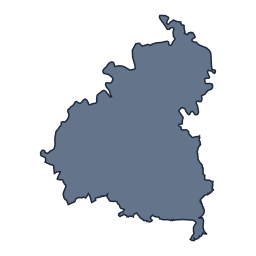 Tepehuacán de Guerrero, Hidalgo, Mexico
{"feature_id": "50627088B76659971388370", "entity_name": "Tepehuacán de Guerrero", "entity_type": "district", "adm_level": 2, "iso_a3": "MEX", "parent_name": "Mexico", "parent_adm1": "Hidalgo", "projection": "natural_earth1", "projection_center": [-98.818, 21.069], "detail": "fine", "context": "isolated", "style": "filled", "palette": "slate", "viewbox_px": 256, "rotation_deg": 0, "n_neighbors": 0, "source": "geoboundaries", "source_scale": "gbopen_adm2", "svg_char_len": 5851}
<svg xmlns="http://www.w3.org/2000/svg" viewBox="0 0 256 256"><path d="M42.4,150.2L42.3,150.6L41.4,151.2L40.6,152.8L40.6,154.1L41.0,155.6L44.5,157.2L45.3,158.0L45.6,158.5L45.7,160.4L45.1,162.1L50.0,164.4L53.0,165.2L53.6,165.7L54.4,173.5L56.8,171.9L60.3,171.7L59.9,173.2L58.7,175.3L57.2,178.9L57.4,179.3L59.9,179.8L62.1,179.7L62.9,180.2L63.3,182.1L64.0,182.9L64.5,184.1L65.8,185.1L65.8,186.5L65.6,187.3L63.4,192.8L63.2,194.6L64.0,197.8L65.2,199.6L66.6,200.3L68.2,204.6L74.8,201.7L75.6,199.4L76.8,198.2L77.9,197.7L81.1,197.6L81.8,197.9L83.1,197.2L84.4,197.3L85.5,198.0L86.8,196.5L88.3,193.7L90.0,196.4L91.7,202.5L95.7,200.3L95.5,198.5L96.1,197.8L100.3,197.1L101.1,196.8L101.3,196.1L101.8,195.9L102.7,196.3L103.8,196.1L103.9,195.7L104.8,196.0L106.0,195.6L107.3,194.4L107.0,195.6L107.2,197.0L109.5,200.6L110.2,201.2L114.0,201.5L114.9,201.2L116.9,201.7L117.7,203.7L119.4,205.0L119.8,206.7L120.6,208.1L124.2,209.4L122.9,211.7L120.1,212.8L118.7,213.9L118.6,215.2L119.7,216.4L120.2,216.5L121.0,215.8L122.7,215.2L123.7,214.1L125.2,215.1L126.4,215.5L126.8,215.9L127.0,216.8L128.1,216.7L128.4,216.9L129.5,216.2L130.1,216.1L132.5,216.4L133.4,216.9L133.5,215.3L134.1,214.2L136.8,212.9L137.4,214.2L139.3,216.3L139.7,217.2L141.2,218.6L142.9,219.6L143.3,220.3L144.5,220.6L146.7,220.6L146.9,221.4L149.7,221.9L151.3,221.4L152.2,220.2L150.4,218.5L150.7,217.0L152.5,215.2L154.0,216.2L155.9,216.9L158.6,217.0L159.1,217.3L159.6,218.8L164.0,219.8L166.5,219.6L168.9,219.9L169.4,219.8L170.8,220.5L171.2,219.8L172.2,220.6L173.3,219.6L173.6,220.2L174.1,220.2L175.7,219.9L182.8,219.5L192.7,220.1L193.8,220.5L195.8,222.1L196.1,223.0L195.6,224.0L194.9,224.6L193.5,227.4L193.5,230.9L193.9,233.3L193.6,234.3L192.0,236.3L190.8,238.8L190.2,239.3L192.1,240.6L192.5,240.4L194.1,240.6L194.6,240.2L194.2,239.1L194.2,238.3L195.5,239.2L197.4,238.8L198.9,237.8L199.3,236.1L200.1,236.6L201.6,235.7L202.9,232.9L203.9,233.8L205.5,233.8L206.1,234.2L206.5,233.9L204.1,231.2L203.2,228.1L203.0,226.2L203.5,221.7L203.3,219.8L202.3,217.8L199.5,218.3L199.0,217.7L201.3,216.7L203.0,214.5L204.1,212.5L204.3,210.4L203.7,208.7L203.3,208.6L202.9,207.3L203.3,207.0L202.4,206.1L202.1,204.9L202.2,204.3L201.3,202.7L200.5,202.8L200.4,202.4L201.0,202.4L201.1,201.1L200.0,200.3L201.2,198.8L204.4,195.6L205.6,194.8L207.4,194.8L208.4,194.1L208.1,193.3L209.3,193.2L209.4,193.5L210.2,193.1L211.0,192.0L211.8,191.8L212.0,190.9L213.4,190.0L213.4,189.5L212.2,188.7L212.3,187.8L212.1,187.6L212.7,186.2L212.5,185.1L212.8,184.5L212.5,183.7L212.7,183.4L212.9,181.4L212.0,181.6L209.3,180.2L207.7,180.1L207.2,180.4L204.6,179.4L204.8,175.3L203.5,174.3L203.2,173.5L203.1,172.2L203.1,167.9L202.3,167.9L202.2,165.5L201.9,164.7L200.8,163.3L200.0,162.7L197.8,158.9L198.0,157.4L197.6,155.7L197.8,154.3L197.1,152.0L198.4,147.3L199.5,145.8L199.8,145.0L200.4,145.0L200.5,144.1L200.1,142.9L200.0,141.4L199.4,140.8L199.0,139.3L199.1,138.9L199.7,138.2L199.5,135.9L198.6,136.6L197.3,136.5L192.7,137.5L191.9,137.3L190.2,135.2L189.5,134.7L188.7,133.4L188.7,132.1L188.0,131.0L186.7,129.9L181.8,129.9L180.9,128.4L181.2,127.9L181.0,127.1L179.0,126.0L178.6,125.2L178.6,124.7L179.3,124.0L180.9,124.3L182.3,123.7L182.4,119.9L183.2,117.6L178.8,111.1L178.7,110.8L181.2,108.0L182.1,107.6L184.8,108.6L186.0,111.4L188.0,114.2L188.5,114.6L189.5,114.5L191.0,111.8L192.4,111.4L193.3,112.0L194.8,114.5L196.0,114.8L197.5,114.4L198.2,113.4L198.5,112.2L198.3,109.9L197.3,105.4L196.2,103.3L196.1,102.9L196.5,101.9L197.5,101.0L198.2,101.0L199.2,101.7L201.0,101.6L201.8,100.1L201.9,97.9L201.5,96.2L201.8,95.4L204.5,94.6L208.0,90.4L211.1,89.3L212.4,87.9L212.7,85.9L212.1,84.1L210.1,83.5L205.8,83.6L205.2,82.8L204.8,81.1L204.7,79.4L205.0,78.9L206.3,78.2L208.9,78.1L209.3,77.9L209.5,77.2L207.4,72.2L208.2,70.3L211.6,71.1L214.0,73.3L214.8,73.1L215.4,72.0L215.3,70.5L214.9,70.1L212.3,69.5L211.8,68.2L211.5,66.2L210.9,54.8L210.5,52.4L209.0,50.1L206.4,47.9L199.3,45.0L197.7,43.8L196.3,42.2L194.1,42.1L191.9,40.8L192.0,39.5L192.3,39.1L195.1,37.4L194.5,35.2L193.1,33.4L192.8,32.6L191.8,33.0L191.5,32.5L191.2,32.7L190.4,32.4L189.0,33.0L188.8,32.8L188.4,32.9L188.0,33.9L186.9,34.7L186.5,34.6L185.6,33.6L184.4,33.5L184.3,33.2L184.9,32.5L185.0,31.9L184.1,28.6L184.1,25.6L183.6,25.1L182.1,25.2L181.3,23.8L180.4,23.0L180.8,22.0L176.9,21.6L173.7,20.1L173.2,20.1L170.1,22.4L168.6,24.3L167.7,24.4L166.7,23.0L166.8,21.7L168.7,18.1L168.2,17.1L165.2,15.6L159.9,15.4L159.4,16.7L160.0,18.7L164.9,25.4L167.2,29.2L168.3,29.4L169.3,29.2L170.8,27.8L171.8,27.6L173.3,27.8L173.7,28.3L173.8,30.0L173.2,31.2L173.1,32.2L173.3,35.3L173.5,36.5L174.9,38.4L174.9,39.3L172.3,42.9L171.7,44.6L170.8,45.4L169.5,45.3L168.8,44.4L168.7,42.5L168.4,41.8L166.9,41.2L161.5,42.4L155.6,43.0L153.3,44.0L152.2,44.1L150.4,45.3L147.9,44.4L142.1,46.1L139.6,43.5L138.7,43.2L135.7,43.9L132.4,50.3L132.6,57.0L134.9,65.2L135.3,68.4L134.9,68.9L132.8,69.6L130.1,70.0L129.3,69.8L125.3,67.3L122.4,66.1L118.9,65.8L114.8,66.5L113.7,62.9L113.0,62.1L111.1,62.0L109.0,63.2L107.6,64.9L107.0,66.1L103.5,69.5L102.9,71.1L103.3,72.6L103.8,73.3L108.7,74.6L111.3,76.5L112.3,77.7L113.0,79.1L111.7,82.3L110.4,83.2L108.3,82.8L106.3,82.9L105.8,83.1L105.5,84.3L106.2,86.8L108.5,89.4L109.5,91.1L110.6,95.1L111.0,95.9L111.6,96.3L111.5,96.7L110.9,97.0L110.0,96.8L105.9,91.6L104.3,90.5L103.4,90.5L102.6,90.7L97.2,95.1L96.6,99.1L96.9,101.5L96.4,102.6L95.4,103.2L92.3,103.8L90.4,104.6L89.1,104.7L88.7,104.5L88.0,102.3L86.7,100.0L85.9,99.4L84.7,99.1L83.7,99.8L81.3,102.6L80.3,103.2L79.7,103.3L78.8,103.0L76.4,101.5L75.8,101.6L75.2,102.1L73.5,104.9L70.9,106.9L68.8,109.2L68.1,109.4L67.7,111.5L68.8,113.7L68.9,115.4L68.5,117.3L67.3,119.6L65.1,121.9L64.6,122.1L63.8,121.7L62.7,121.8L61.2,122.3L61.3,124.1L60.8,125.8L59.8,126.5L57.6,129.9L56.7,130.5L56.0,131.6L54.9,138.3L55.0,144.3L54.9,146.1L53.8,149.1L51.4,150.6L50.5,150.9L47.6,153.5L46.8,153.0L45.1,152.9L44.9,151.5L44.4,150.6L42.4,150.2Z" fill="#64748b" stroke="#1e293b" stroke-width="1.5"/></svg>